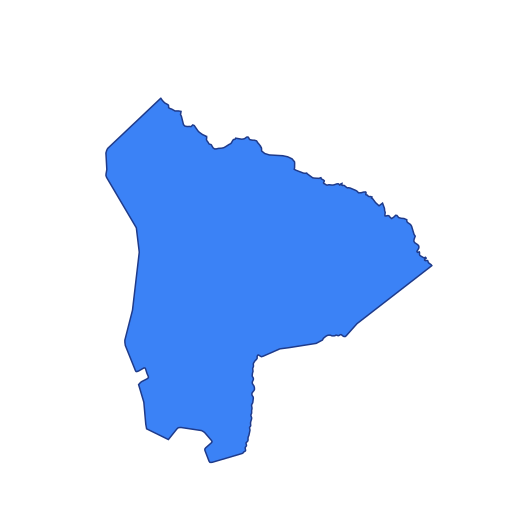 SVG path tracing the border of Salamat, rotated 250°
{"feature_id": "TCD-1489", "entity_name": "Salamat", "entity_type": "Prefecture", "adm_level": 1, "iso_a3": "TCD", "parent_name": "Chad", "parent_adm1": "", "projection": "mercator", "projection_center": [20.31, 10.611], "detail": "fine", "context": "isolated", "style": "filled", "palette": "blue", "viewbox_px": 512, "rotation_deg": 250, "n_neighbors": 0, "source": "natural_earth", "source_scale": "10m", "svg_char_len": 5291}
<svg xmlns="http://www.w3.org/2000/svg" viewBox="0 0 512 512"><g transform="rotate(250 256 256)"><path d="M436.8,220.5L436.5,220.6L434.2,221.2L432.1,222.1L430.8,222.8L428.9,224.5L427.8,225.3L426.9,225.2L425.3,224.6L424.0,225.6L422.9,227.0L420.0,229.5L418.8,232.8L417.5,235.0L414.6,233.4L412.9,233.7L404.3,232.8L402.4,233.6L401.2,235.6L400.5,237.8L399.8,239.2L400.8,241.4L399.7,242.6L393.5,244.2L391.7,245.0L388.5,247.2L386.2,249.5L385.8,249.6L385.3,250.5L384.2,250.2L382.2,249.2L381.1,249.3L379.1,249.9L378.3,250.0L377.2,250.3L376.6,251.1L376.1,251.8L375.5,252.1L374.0,252.3L372.2,252.7L370.8,253.7L370.2,255.4L370.0,257.4L369.1,260.5L368.8,262.6L369.1,264.7L370.0,268.7L370.2,270.4L370.6,271.4L372.4,273.5L373.0,274.4L373.1,275.1L372.9,275.8L373.0,276.5L373.7,277.2L370.6,282.6L370.2,284.8L370.3,285.9L370.8,287.4L370.9,288.3L370.4,289.3L369.4,289.6L368.2,289.7L367.4,290.1L366.1,292.2L365.3,294.2L364.0,295.9L361.4,296.5L360.8,296.8L357.5,297.9L357.2,297.6L356.1,298.1L354.8,297.9L353.5,297.4L352.6,297.3L349.3,299.3L346.4,303.1L341.1,315.4L338.4,319.7L335.0,323.1L331.4,324.4L330.1,324.1L325.9,322.5L324.4,321.6L323.0,322.8L317.7,328.9L316.9,330.4L316.6,332.0L315.8,332.2L310.1,336.0L309.1,337.8L307.5,341.6L307.4,342.0L307.5,343.4L307.4,343.8L307.0,343.8L306.5,343.7L306.1,343.8L304.8,345.0L304.1,345.5L303.3,345.9L302.9,345.7L302.0,344.7L301.5,344.4L300.9,344.6L300.7,344.8L300.6,345.1L300.4,345.2L299.9,345.5L299.2,346.0L298.6,346.6L298.3,347.0L298.0,349.0L296.6,351.8L296.2,353.4L296.1,356.9L295.5,358.3L294.1,358.8L294.1,359.5L294.5,359.9L294.7,360.2L294.8,361.6L293.2,360.9L292.7,361.3L292.5,362.2L292.0,363.1L289.8,364.4L288.8,365.1L288.5,366.3L287.6,367.8L283.6,372.1L282.5,373.0L280.3,374.0L279.5,376.3L279.3,378.9L278.7,380.9L278.1,381.1L277.4,380.9L276.7,380.4L276.2,380.2L275.8,380.4L275.2,381.4L274.8,381.6L273.6,382.0L273.0,383.0L272.6,384.2L271.7,385.2L270.9,384.4L269.9,385.2L265.3,386.6L261.1,388.8L262.4,393.0L257.1,393.0L256.4,392.9L254.7,392.4L252.7,392.3L250.4,391.1L249.5,391.0L249.1,392.0L249.0,393.3L248.6,394.3L247.9,394.9L246.6,395.2L244.8,396.3L245.4,398.7L246.5,401.2L245.9,402.3L243.3,403.2L241.8,405.3L240.6,407.9L238.5,410.1L237.2,409.6L236.2,409.7L235.2,410.2L233.3,411.6L232.6,412.0L230.7,412.4L222.2,411.9L220.2,412.4L217.9,410.5L216.7,409.7L215.6,409.4L214.1,409.8L211.2,411.9L209.6,412.4L207.9,411.8L206.7,410.5L205.8,409.3L205.0,408.7L204.1,409.1L204.0,409.8L204.1,410.5L204.0,410.9L203.1,410.8L201.7,410.2L200.8,410.1L200.0,410.5L197.0,413.0L196.7,413.6L196.8,414.2L196.9,414.7L196.3,415.1L195.6,415.0L195.2,413.4L194.5,413.0L194.1,413.2L193.7,413.6L193.5,414.2L193.4,414.8L193.0,415.7L192.3,415.8L191.3,415.7L190.6,415.8L187.9,417.6L186.8,417.9L157.9,327.8L150.2,313.5L149.8,312.4L150.0,311.7L150.3,311.1L150.6,310.7L151.0,310.4L152.8,309.3L153.1,308.9L153.2,308.3L153.0,307.3L152.9,306.6L153.0,305.9L153.6,305.2L154.1,304.6L154.3,304.0L154.1,303.0L154.2,302.3L154.7,300.8L154.9,300.3L155.2,299.8L155.9,299.1L156.3,298.6L156.5,297.9L156.9,296.7L156.9,295.5L156.6,294.0L155.6,291.2L154.3,289.7L153.3,282.7L158.6,255.6L160.6,246.6L159.4,228.5L159.5,226.6L160.3,225.9L161.9,224.7L162.2,224.3L162.2,223.8L161.7,223.1L161.2,222.7L160.5,222.4L159.9,222.3L159.4,222.0L159.0,221.5L158.5,220.7L157.9,219.3L156.4,217.3L156.0,216.9L155.6,216.6L155.0,216.4L153.8,216.1L152.9,215.7L152.1,214.9L151.7,214.6L151.2,214.3L150.6,214.2L149.4,213.9L148.8,213.8L148.3,213.5L147.9,213.2L147.5,212.9L146.6,212.3L146.1,212.1L145.1,211.6L144.6,211.4L144.0,211.4L143.4,211.5L142.5,211.7L142.1,211.7L141.6,211.6L141.2,211.4L140.7,211.2L140.3,210.8L139.2,209.7L138.8,209.4L138.3,209.2L137.8,209.0L137.2,209.0L136.6,209.1L135.0,209.5L134.4,209.6L133.0,209.5L131.9,209.2L131.3,209.0L130.9,208.7L130.5,208.3L130.2,207.9L129.1,206.1L128.8,205.7L128.4,205.3L128.0,205.0L127.4,204.8L126.8,204.7L126.2,204.7L124.5,205.1L123.9,205.0L123.4,204.9L119.5,202.9L119.1,202.6L118.1,201.4L117.7,201.1L117.2,200.8L116.7,200.6L114.8,200.3L114.2,200.1L113.7,199.9L112.3,199.0L110.7,198.5L109.6,198.0L109.3,197.6L108.9,197.3L108.5,196.9L108.0,196.7L107.4,196.6L105.5,196.6L105.0,196.4L104.5,196.2L102.4,194.6L101.1,193.8L100.5,193.6L98.7,193.1L98.2,192.9L97.9,192.5L97.6,192.0L97.4,191.6L97.0,191.3L96.4,191.1L94.5,190.8L94.1,190.6L89.9,188.0L88.4,186.6L87.9,186.4L86.9,185.9L86.3,185.8L85.8,185.5L85.3,185.3L84.9,184.9L84.7,184.5L84.2,183.5L84.0,183.0L83.6,182.7L83.1,182.5L81.8,182.4L81.3,182.3L80.8,182.0L80.6,181.6L80.3,181.1L80.0,180.7L79.6,180.3L79.1,180.1L77.1,179.8L76.6,179.5L76.3,179.0L76.2,178.1L76.0,177.5L75.4,176.5L75.2,175.9L75.2,174.9L77.1,144.5L77.4,143.1L77.9,142.1L79.3,141.7L90.6,141.5L91.3,141.6L92.2,142.0L92.9,143.0L95.7,150.1L96.4,151.1L97.3,151.2L98.6,150.8L107.6,147.4L109.0,146.5L110.6,145.1L120.4,127.1L120.9,125.7L121.2,124.2L120.6,122.6L113.5,110.9L131.0,94.1L135.7,94.9L157.0,100.6L175.3,101.7L176.7,104.3L177.1,105.7L177.8,111.4L178.1,112.5L178.6,113.3L179.2,113.5L180.1,113.6L182.9,113.4L187.6,113.6L188.3,113.5L188.8,113.3L189.0,112.8L189.1,112.2L188.1,106.3L188.1,104.9L188.2,104.2L188.6,103.7L189.7,103.5L216.6,102.6L219.5,103.2L221.8,104.0L247.3,121.4L299.5,147.6L323.4,153.2L380.9,142.5L382.8,142.5L384.3,143.1L388.3,145.4L404.1,150.2L406.3,151.8L407.8,153.4L436.8,220.4L436.8,220.5L436.8,220.5Z" fill="#3b82f6" stroke="#1e3a8a" stroke-width="1.5"/></g></svg>